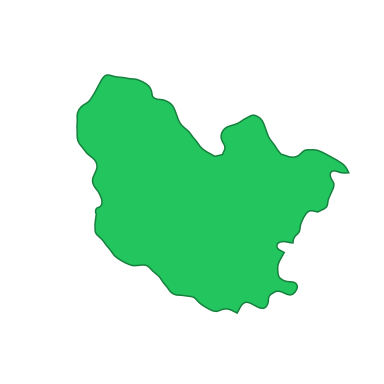 Pimentel, Duarte, Dominican Republic, rotated 299°
{"feature_id": "3306468B52155686963809", "entity_name": "Pimentel", "entity_type": "district", "adm_level": 2, "iso_a3": "DOM", "parent_name": "Dominican Republic", "parent_adm1": "Duarte", "projection": "natural_earth1", "projection_center": [-70.124, 19.207], "detail": "fine", "context": "isolated", "style": "filled", "palette": "green", "viewbox_px": 384, "rotation_deg": 299, "n_neighbors": 0, "source": "geoboundaries", "source_scale": "gbopen_adm2", "svg_char_len": 3636}
<svg xmlns="http://www.w3.org/2000/svg" viewBox="0 0 384 384"><g transform="rotate(299 192 192)"><path d="M263.5,88.3L260.8,82.3L258.7,76.2L256.3,70.7L255.5,68.4L254.1,62.7L252.9,60.7L252.0,59.9L249.9,59.0L246.2,58.5L231.4,58.7L224.7,58.4L222.1,58.0L219.6,57.2L214.7,54.5L212.6,53.7L209.0,53.2L205.5,53.6L203.3,54.4L198.5,57.2L193.2,59.8L189.3,62.2L184.3,65.0L181.6,67.3L179.6,70.2L175.3,80.4L174.6,82.8L173.5,89.1L172.7,91.6L171.5,93.7L169.9,95.4L168.0,96.7L166.8,97.2L164.3,97.7L156.6,98.4L154.2,99.2L153.2,99.8L151.4,101.3L150.0,103.1L148.8,105.2L146.8,109.9L144.6,113.2L142.1,116.2L140.2,117.8L139.2,118.4L137.1,119.0L135.2,118.9L134.4,118.6L132.0,116.7L130.3,116.4L128.5,116.9L127.2,117.8L126.2,119.0L120.1,121.4L116.6,122.9L111.2,126.0L109.6,127.5L108.5,129.5L107.1,135.4L106.3,137.7L103.8,143.1L102.0,147.9L98.9,154.5L98.5,155.9L98.0,158.8L97.7,163.2L97.7,167.7L98.1,172.1L98.7,174.9L99.1,176.3L100.4,178.6L104.0,183.8L105.1,185.9L105.7,188.2L105.7,189.3L105.3,191.4L103.9,195.7L102.4,203.3L101.5,205.7L98.7,211.1L96.9,215.9L94.4,221.2L93.9,223.6L93.9,226.2L94.5,228.6L97.0,233.9L100.0,241.6L100.6,243.7L100.6,245.9L98.6,252.4L98.0,256.6L97.8,262.4L97.9,265.3L98.2,268.0L99.0,270.4L99.6,271.5L100.3,272.3L104.2,275.6L105.6,277.4L106.8,279.5L107.2,280.7L107.7,283.3L108.0,290.2L115.9,290.1L118.3,290.5L120.5,291.5L121.4,292.4L122.2,293.5L122.6,294.7L123.1,297.4L123.2,304.5L123.4,307.2L124.2,309.7L124.9,310.8L125.9,311.7L127.0,312.2L128.2,312.5L130.6,312.5L132.9,312.0L136.1,310.5L138.2,310.0L140.5,310.5L144.4,312.7L146.1,314.0L147.3,316.0L148.0,318.4L148.6,324.8L149.3,327.2L150.0,328.3L150.9,329.2L151.9,329.9L154.2,330.6L157.6,330.8L159.9,330.2L160.9,329.6L161.7,328.6L162.3,327.5L162.5,326.4L162.3,324.2L159.8,318.5L159.4,317.2L159.0,314.4L159.2,311.7L159.5,310.4L160.1,309.1L160.8,308.2L162.4,306.8L166.5,304.1L169.0,302.9L170.2,302.5L172.9,302.1L175.5,301.9L183.8,302.0L183.7,296.6L184.2,294.2L185.0,293.1L185.9,292.4L186.9,292.0L188.0,291.9L189.1,292.2L190.2,292.8L191.2,293.6L192.8,295.7L193.9,298.0L195.0,301.6L196.4,305.0L199.3,303.8L201.4,303.5L203.6,303.7L206.8,304.7L209.0,305.1L211.2,304.6L215.8,302.9L218.3,302.4L223.5,302.0L228.5,302.3L230.8,303.0L231.8,303.6L232.7,304.4L233.9,306.3L235.5,311.7L241.6,315.9L243.5,316.7L244.4,316.9L246.4,316.7L250.1,315.3L252.5,314.7L264.0,313.7L266.3,313.0L268.2,311.9L268.9,311.1L271.0,307.5L272.9,305.3L274.6,304.2L275.6,304.0L276.6,304.0L277.6,304.3L278.5,304.8L279.2,305.7L280.0,307.6L280.9,312.2L281.7,314.4L282.8,316.6L284.8,319.8L286.9,316.8L288.1,314.7L289.1,312.2L289.7,309.3L290.1,303.3L290.1,292.5L289.9,286.3L289.4,281.9L288.5,279.3L287.5,277.2L284.7,272.2L283.3,270.6L281.5,269.5L277.4,268.2L275.4,267.4L273.6,266.1L272.0,264.4L270.8,262.3L269.9,259.8L268.3,251.3L270.3,246.4L273.2,241.0L275.2,236.3L276.3,234.0L277.7,231.8L279.4,229.8L286.3,221.9L288.5,218.7L289.4,216.2L289.7,214.9L289.8,212.4L289.5,209.9L289.1,208.8L288.5,207.7L286.9,206.2L280.5,202.1L276.3,200.0L274.2,198.7L272.2,197.0L267.4,192.5L265.4,190.9L264.3,190.3L261.9,189.6L260.7,189.4L258.3,189.4L256.0,189.9L254.9,190.4L253.9,191.0L252.3,192.4L250.9,194.1L248.6,197.8L247.9,198.5L247.1,199.1L246.1,199.6L244.0,200.1L239.4,200.4L234.3,194.7L234.3,184.9L234.6,182.1L235.0,179.5L235.8,177.0L238.4,171.6L240.2,166.8L243.2,160.2L243.8,157.7L244.8,152.6L245.6,150.0L246.8,147.6L248.4,145.3L254.8,137.9L256.5,135.7L257.9,133.4L258.9,130.7L259.2,128.1L259.0,124.1L258.4,121.6L256.3,116.6L255.9,114.4L255.9,113.3L256.1,112.3L256.5,111.3L257.1,110.5L260.1,108.1L261.5,106.6L262.8,104.8L263.8,102.5L264.3,99.9L264.5,95.8L264.1,91.6L263.5,88.3Z" fill="#22c55e" stroke="#15803d" stroke-width="1.5"/></g></svg>